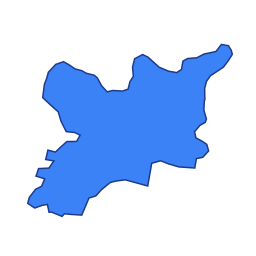 outline of Yongin-si, Gyeonggi, South Korea, rotated 100°
{"feature_id": "91817680B86612267469181", "entity_name": "Yongin-si", "entity_type": "district", "adm_level": 2, "iso_a3": "KOR", "parent_name": "South Korea", "parent_adm1": "Gyeonggi", "projection": "equal_earth", "projection_center": [127.213, 37.219], "detail": "fine", "context": "isolated", "style": "filled", "palette": "blue", "viewbox_px": 256, "rotation_deg": 100, "n_neighbors": 0, "source": "geoboundaries", "source_scale": "gbopen_adm2", "svg_char_len": 1295}
<svg xmlns="http://www.w3.org/2000/svg" viewBox="0 0 256 256"><g transform="rotate(100 128 128)"><path d="M86.9,57.2L75.7,59.4L68.4,58.8L62.2,55.9L57.7,51.1L51.5,44.6L44.7,41.1L37.4,38.1L35.9,38.7L33.4,39.9L29.5,43.4L29.5,50.5L37.4,54.7L39.6,60.0L41.9,65.9L46.9,72.4L49.2,81.3L52.6,85.5L61.0,85.5L65.0,89.6L65.0,97.9L62.7,108.0L54.8,120.5L53.6,124.6L53.1,126.4L58.7,133.5L67.2,134.1L76.2,131.7L81.9,134.1L89.8,134.7L92.6,140.0L93.7,149.5L96.0,154.9L90.9,161.4L84.1,166.8L81.9,170.3L81.3,178.6L79.6,183.4L79.0,190.5L76.2,196.5L73.9,203.0L77.9,210.2L86.9,216.1L93.1,216.7L99.4,217.9L112.9,217.3L119.1,207.8L124.2,199.5L132.7,195.3L142.3,188.2L141.7,179.8L143.4,173.9L150.2,176.3L151.9,185.8L158.6,191.1L164.3,195.3L163.7,203.0L173.3,203.6L173.3,195.3L181.2,198.9L183.5,209.0L191.4,210.2L192.5,201.2L200.4,203.0L204.4,208.4L213.4,213.1L219.6,213.7L223.0,206.0L219.0,198.9L217.3,194.1L224.7,191.1L224.1,188.8L226.5,177.6L223.5,175.7L223.0,169.1L221.8,158.4L203.8,154.3L200.4,147.8L193.6,143.6L184.6,135.9L182.3,130.5L179.5,121.6L181.7,98.5L158.6,98.5L154.6,90.2L156.3,81.9L157.5,71.2L155.8,55.3L146.2,55.3L143.9,49.3L136.6,44.6L130.4,47.6L128.1,52.9L125.9,59.4L120.2,61.8L112.9,57.6L109.0,52.9L105.6,52.3L97.1,56.4L87.5,57.6L86.9,57.2Z" fill="#3b82f6" stroke="#1e3a8a" stroke-width="1.5"/></g></svg>